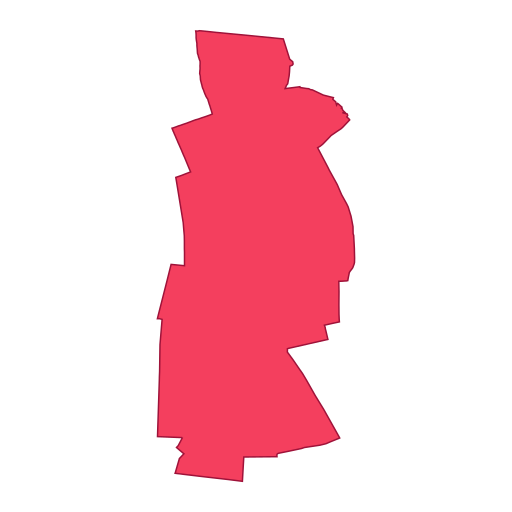 Cuca, Galati, Romania (Albers equal-area conic projection)
{"feature_id": "2599482B7817102818431", "entity_name": "Cuca", "entity_type": "district", "adm_level": 2, "iso_a3": "ROU", "parent_name": "Romania", "parent_adm1": "Galati", "projection": "albers", "projection_center": [27.903, 45.741], "detail": "fine", "context": "isolated", "style": "filled", "palette": "rose", "viewbox_px": 512, "rotation_deg": 0, "n_neighbors": 0, "source": "geoboundaries", "source_scale": "gbopen_adm2", "svg_char_len": 3473}
<svg xmlns="http://www.w3.org/2000/svg" viewBox="0 0 512 512"><path d="M242.4,481.3L242.9,472.2L243.8,457.0L264.3,456.8L277.0,456.7L276.9,455.1L277.0,454.4L277.4,453.8L278.4,453.3L288.3,451.3L301.5,448.5L304.4,447.5L319.9,445.2L326.0,443.7L330.4,441.8L339.7,438.0L339.3,437.2L327.8,416.7L323.7,409.4L315.1,395.4L306.9,380.9L303.0,374.3L302.1,372.9L299.6,369.4L293.1,359.9L287.3,352.0L287.4,351.3L287.4,350.2L287.4,348.7L288.3,348.4L327.9,339.4L325.8,330.5L325.4,329.0L325.2,327.5L324.4,325.2L331.9,323.5L339.4,321.9L339.2,319.3L339.0,314.4L338.9,305.0L339.0,291.6L338.9,287.1L338.8,281.3L341.8,281.2L344.6,281.0L346.6,280.9L347.8,280.6L347.8,280.3L348.0,279.3L348.2,278.1L348.9,274.7L349.3,272.6L350.0,271.4L352.1,268.7L352.8,267.6L354.1,264.1L354.5,262.4L354.6,258.1L354.4,250.5L354.4,249.0L353.9,239.5L353.7,235.5L353.1,233.6L353.0,226.7L351.6,219.2L351.0,216.1L350.0,212.9L348.2,207.0L346.7,203.9L341.6,194.7L340.6,192.4L337.2,184.5L329.2,170.0L328.2,167.9L317.6,147.7L320.2,146.2L322.6,144.3L324.3,142.6L326.3,140.5L329.4,137.3L331.1,135.5L337.2,131.3L341.0,128.8L342.7,127.3L349.7,119.9L348.9,118.8L346.8,116.9L347.7,115.6L347.3,114.0L342.4,112.7L344.9,112.3L342.8,110.3L342.3,108.8L341.4,108.2L342.0,107.2L338.2,103.8L337.6,103.4L336.6,105.1L335.7,101.8L332.8,99.3L333.4,97.6L332.9,97.5L323.4,95.1L312.4,89.9L310.4,89.6L308.8,88.7L306.6,88.5L300.1,87.5L299.9,86.7L298.6,86.9L292.3,87.7L285.1,88.6L286.5,85.3L287.7,83.8L289.1,76.0L289.5,72.0L289.8,66.2L292.4,65.1L293.1,64.0L292.7,61.7L289.7,59.2L288.6,55.7L283.3,38.9L245.8,35.2L231.0,33.8L218.4,32.6L216.1,32.4L207.8,31.5L200.7,30.8L199.8,30.8L199.4,30.7L197.7,31.1L195.7,31.0L195.9,32.2L196.0,33.1L196.1,35.0L196.1,36.8L196.1,37.5L196.1,38.0L196.2,38.6L196.3,39.8L196.9,43.5L196.9,45.5L197.0,46.9L197.2,48.9L197.3,50.4L197.4,52.2L197.5,53.4L197.6,53.8L197.8,54.2L198.2,55.4L198.3,56.0L198.4,56.3L198.5,56.8L198.7,57.5L199.1,58.5L199.2,59.0L199.6,60.1L200.0,61.1L200.1,61.6L200.1,62.4L200.1,63.1L200.1,64.1L200.0,65.4L200.0,67.1L200.1,68.2L200.0,69.1L200.0,70.0L199.9,70.5L199.8,71.8L199.7,73.2L199.7,73.8L199.8,74.0L200.0,74.8L200.2,75.7L200.3,76.3L200.3,77.2L200.4,78.1L200.4,78.9L200.5,79.8L200.6,80.3L200.7,80.8L200.9,81.4L201.0,81.8L201.1,82.3L201.5,83.8L201.9,85.2L202.1,86.3L202.4,87.3L202.7,88.3L203.1,89.1L203.6,90.3L204.1,91.8L204.5,92.8L204.8,93.7L205.3,94.7L206.0,96.4L206.6,97.4L206.8,97.8L207.4,98.6L207.7,99.0L207.9,99.6L208.1,100.4L208.7,102.3L209.3,104.3L209.9,105.9L210.5,108.0L211.3,110.5L211.9,112.6L212.3,114.0L212.2,114.1L210.9,114.6L209.4,115.2L206.6,116.2L204.3,117.0L201.5,117.9L199.6,118.6L198.2,119.1L195.6,119.8L193.1,120.7L191.1,121.5L189.2,122.2L186.9,123.1L184.5,123.9L182.7,124.5L180.3,125.4L178.5,125.9L177.0,126.5L175.1,127.2L173.1,127.9L172.0,128.2L172.3,129.0L172.9,130.4L173.2,131.3L173.6,132.0L174.3,133.8L175.4,136.2L176.3,138.4L177.3,140.6L178.0,142.4L178.8,144.1L179.5,145.7L180.2,147.3L181.8,150.9L182.1,151.8L182.5,152.6L182.9,153.6L183.4,154.8L184.2,156.6L184.5,157.2L189.2,168.6L190.6,171.9L183.6,174.6L181.6,175.4L175.8,177.4L176.8,183.4L183.2,222.6L183.6,227.7L184.3,235.8L184.4,241.3L184.4,248.8L184.5,252.3L184.5,265.7L171.1,264.4L166.7,282.0L158.4,314.6L157.4,318.7L159.5,318.7L162.1,319.4L160.0,344.6L159.6,371.4L159.4,376.6L159.3,381.0L157.5,436.6L182.4,437.6L182.5,437.5L178.2,445.7L177.2,446.7L176.5,447.5L183.9,453.8L179.4,458.5L175.5,472.0L175.1,473.3L200.1,476.3L207.9,477.2L228.1,479.5L242.4,481.3Z" fill="#f43f5e" stroke="#9f1239" stroke-width="1.5"/></svg>